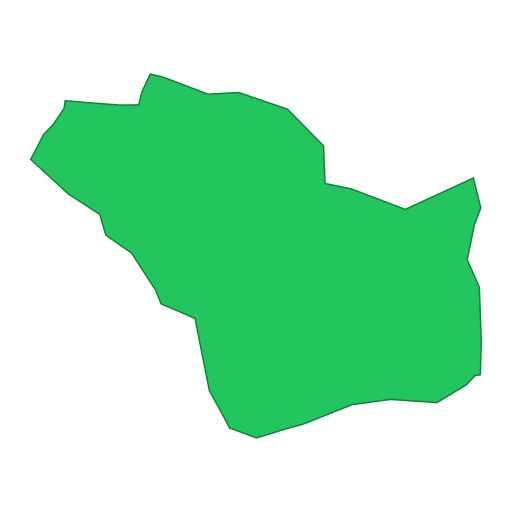 the district of O'ndorshireet, Töv, Mongolia
{"feature_id": "93677404B29580172170474", "entity_name": "O'ndorshireet", "entity_type": "district", "adm_level": 2, "iso_a3": "MNG", "parent_name": "Mongolia", "parent_adm1": "Töv", "projection": "orthographic", "projection_center": [104.989, 47.437], "detail": "fine", "context": "isolated", "style": "filled", "palette": "green", "viewbox_px": 512, "rotation_deg": 0, "n_neighbors": 0, "source": "geoboundaries", "source_scale": "gbopen_adm2", "svg_char_len": 682}
<svg xmlns="http://www.w3.org/2000/svg" viewBox="0 0 512 512"><path d="M473.4,178.0L405.2,209.4L352.1,189.2L351.6,189.0L325.1,183.5L324.3,165.4L323.5,145.8L287.5,109.2L238.6,92.5L208.1,94.2L163.0,77.1L150.2,74.1L142.0,91.8L138.7,104.9L120.4,105.1L88.3,102.7L65.2,100.7L65.2,100.8L64.0,108.6L53.3,124.4L43.7,134.3L30.7,159.4L68.6,194.2L99.8,214.4L105.8,235.1L131.6,253.1L156.0,290.8L161.1,303.8L195.0,318.4L209.4,390.8L224.6,418.3L229.5,428.0L256.5,437.9L284.8,429.2L303.5,424.0L352.2,404.6L390.7,399.4L436.9,402.6L466.6,384.6L474.9,375.6L480.3,374.8L481.3,340.9L479.3,287.1L467.2,259.8L474.5,224.4L480.8,207.8L473.4,178.0Z" fill="#22c55e" stroke="#15803d" stroke-width="1.5"/></svg>